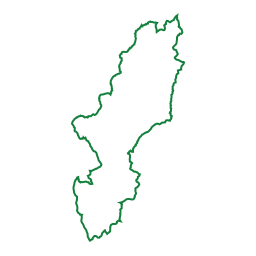 Castilla, Arequipa, Peru
{"feature_id": "86281439B71643834845538", "entity_name": "Castilla", "entity_type": "district", "adm_level": 2, "iso_a3": "PER", "parent_name": "Peru", "parent_adm1": "Arequipa", "projection": "albers", "projection_center": [-72.31, -15.634], "detail": "fine", "context": "isolated", "style": "outline", "palette": "green", "viewbox_px": 256, "rotation_deg": 0, "n_neighbors": 0, "source": "geoboundaries", "source_scale": "gbopen_adm2", "svg_char_len": 5777}
<svg xmlns="http://www.w3.org/2000/svg" viewBox="0 0 256 256"><path d="M107.1,233.9L110.1,231.4L110.3,226.6L111.0,224.9L112.6,224.0L115.9,223.9L116.9,222.8L116.9,221.8L117.4,221.7L117.9,221.0L118.6,220.6L120.5,221.2L119.5,219.6L120.4,214.5L120.1,213.7L120.4,213.2L120.5,210.8L120.2,209.6L121.7,208.3L121.6,205.1L122.0,204.6L121.8,203.9L121.0,203.5L120.6,202.7L120.3,202.6L122.3,202.1L124.5,200.8L126.3,199.4L127.3,199.1L128.7,198.9L132.0,199.5L133.1,199.4L133.7,199.0L134.4,197.9L134.5,197.1L134.9,196.8L134.7,196.2L135.1,195.0L135.8,194.2L136.0,193.3L135.4,191.2L135.5,189.4L135.3,188.8L135.8,188.0L136.6,187.4L137.4,187.3L138.0,186.3L138.6,185.8L139.3,184.2L138.3,182.5L136.7,181.7L136.2,180.8L136.5,179.6L137.2,179.3L137.8,178.2L137.9,176.8L139.4,175.8L139.8,174.3L138.9,174.1L137.4,172.5L135.3,171.6L134.4,171.7L133.8,171.5L132.2,170.1L130.6,169.4L130.2,168.9L130.1,168.6L130.9,167.0L130.7,166.3L131.3,163.9L132.1,163.1L130.9,162.0L129.9,161.7L129.7,158.6L130.1,157.3L129.9,156.8L130.1,155.5L129.5,154.3L128.0,153.6L127.9,153.2L128.9,152.7L129.2,151.6L130.0,151.1L130.3,151.1L130.6,150.6L131.6,151.3L131.6,151.7L133.0,151.8L133.1,149.6L132.9,149.2L133.5,148.2L133.6,147.6L135.4,145.7L135.4,145.4L135.9,145.3L135.8,144.4L137.3,142.8L137.2,141.5L138.2,140.6L138.3,139.6L139.8,137.2L140.9,136.3L142.0,134.7L142.7,134.5L145.3,132.7L145.9,132.7L146.7,132.1L147.4,132.1L148.4,131.5L151.1,128.7L151.7,127.2L154.0,125.3L154.8,124.9L155.1,124.4L156.9,123.7L158.4,123.8L159.3,124.3L160.5,123.9L161.8,122.7L163.6,122.6L164.1,122.3L165.0,122.4L166.1,120.4L167.9,120.2L169.2,120.7L170.1,120.6L170.2,119.7L170.9,119.2L171.4,118.2L171.1,117.2L171.7,116.6L171.8,116.0L170.7,115.4L170.6,113.8L169.9,113.2L170.5,112.7L170.1,112.1L170.9,111.2L171.1,109.1L171.2,108.4L170.6,108.0L170.6,106.5L171.0,105.5L170.6,105.2L170.7,104.2L170.4,103.6L170.9,102.4L170.7,101.6L171.4,100.7L171.1,98.8L171.4,98.2L171.6,96.1L171.3,94.9L172.2,94.1L172.5,93.5L172.5,91.6L173.0,91.4L173.2,90.6L172.5,89.3L172.8,89.0L172.6,86.6L172.8,86.1L173.5,85.4L173.5,84.2L174.1,83.0L175.7,82.4L175.3,79.6L176.2,77.5L176.1,76.3L176.8,74.3L178.3,73.3L177.9,70.5L181.2,69.5L181.1,68.2L181.6,66.1L183.5,64.0L184.0,62.5L183.8,62.1L183.3,61.9L182.2,62.1L178.4,60.0L177.0,59.8L175.9,59.2L174.9,58.2L174.8,57.4L177.0,55.3L177.8,54.0L176.6,51.5L176.2,50.1L174.0,49.5L173.3,48.6L173.0,47.6L173.3,46.9L174.0,46.1L176.0,44.3L176.5,43.1L177.0,39.1L177.0,37.2L178.0,35.3L179.0,35.2L179.2,34.3L179.8,33.6L181.4,33.9L182.4,32.3L181.5,29.2L180.3,28.4L180.0,27.4L178.9,27.0L178.6,26.6L179.1,25.1L178.4,21.0L177.0,19.4L177.2,18.0L176.9,17.3L177.2,15.4L175.6,16.6L175.1,17.8L174.4,18.4L173.9,19.9L171.8,20.9L170.4,22.2L170.0,22.3L167.9,21.0L166.8,20.9L165.9,22.6L166.0,24.0L164.8,24.6L164.3,25.2L164.7,25.6L164.5,26.1L165.0,28.5L164.4,30.1L163.2,30.2L162.2,29.6L160.8,29.5L159.7,29.8L156.7,32.0L156.6,29.3L155.7,26.7L155.8,24.7L157.1,22.9L155.6,22.5L154.3,22.6L151.8,21.9L150.9,22.0L150.2,21.5L148.6,22.2L147.9,22.7L148.0,23.6L146.4,23.9L146.0,24.5L145.5,24.3L145.2,24.8L144.2,24.9L143.2,25.6L142.1,25.7L141.9,25.4L141.8,25.8L141.5,25.8L141.6,26.1L141.3,26.0L140.7,27.0L139.8,27.6L139.6,28.6L138.0,29.1L137.3,30.4L136.0,30.7L135.8,31.1L135.8,32.5L134.9,33.7L135.6,34.5L135.3,36.4L135.9,38.3L135.1,42.1L134.4,43.6L134.4,44.4L133.6,44.8L133.4,45.2L131.7,46.5L131.5,47.5L130.7,47.9L130.1,47.8L129.8,48.6L129.5,48.6L129.5,49.0L128.4,49.8L128.4,50.3L127.3,51.7L125.9,52.0L123.3,51.8L122.4,51.9L121.7,52.8L121.5,53.9L120.6,54.1L120.1,55.3L119.8,55.5L120.2,57.6L121.4,57.9L121.7,58.2L121.5,59.2L121.8,60.0L121.5,61.2L121.1,61.4L120.6,62.3L120.8,63.0L119.5,64.9L119.1,66.3L119.5,67.0L119.3,67.3L119.7,69.1L119.8,71.0L120.5,71.4L120.5,72.1L120.8,72.2L120.8,72.6L119.3,73.7L118.4,73.7L115.6,75.0L115.2,75.8L114.4,75.9L113.3,76.6L112.2,78.1L110.9,80.6L110.6,82.2L110.9,83.3L110.6,83.8L111.2,84.3L111.0,85.0L111.6,85.8L111.8,88.0L112.0,88.3L111.7,88.8L112.3,90.5L111.6,90.8L111.2,91.6L111.2,93.1L110.8,93.4L110.5,94.6L109.0,93.3L107.8,93.2L104.3,93.9L103.8,94.3L100.8,94.7L99.8,95.7L99.3,97.4L99.5,98.1L99.1,98.4L99.4,99.3L99.2,100.4L100.3,102.2L100.3,103.8L101.2,105.0L101.3,106.0L100.2,108.6L98.8,109.8L97.4,112.5L96.4,113.9L95.5,114.7L94.5,115.0L93.7,114.3L92.8,114.5L90.9,116.2L88.4,116.2L87.7,117.5L86.5,117.0L84.9,117.5L84.1,117.1L83.5,116.2L81.1,115.9L80.5,115.6L79.9,116.2L78.4,116.4L77.4,117.4L76.5,117.3L76.0,118.0L74.8,118.8L72.6,121.6L72.0,123.7L73.7,126.0L73.9,127.2L74.9,128.0L74.6,130.1L74.7,131.1L74.9,131.3L75.8,131.5L77.4,133.1L77.9,134.5L77.9,135.2L78.6,136.2L79.1,137.7L80.1,138.8L80.6,138.9L81.8,138.4L82.2,138.8L82.5,138.7L82.8,138.2L83.2,138.2L83.4,137.4L84.2,138.4L85.4,137.7L86.5,140.4L88.4,141.3L88.4,141.9L89.9,144.0L90.4,146.2L91.6,147.6L92.3,149.4L93.6,151.1L95.2,151.6L96.4,152.9L96.7,153.6L96.8,154.7L98.1,158.1L98.6,160.3L100.5,162.8L101.4,164.3L101.2,165.4L99.9,166.9L98.5,167.4L96.5,168.8L95.5,168.8L94.7,169.5L93.6,169.8L91.7,170.9L89.9,170.8L90.6,172.7L90.2,174.5L89.9,174.8L87.9,175.9L88.3,176.4L88.6,178.0L90.9,179.4L91.2,180.5L90.8,181.1L91.7,182.3L92.3,183.8L91.0,184.1L89.5,183.7L88.4,182.2L87.4,182.2L85.9,181.5L83.4,182.1L82.2,182.2L80.4,181.9L80.2,182.3L78.8,181.2L78.7,179.1L78.2,178.5L78.2,177.1L77.1,177.5L76.6,179.3L75.7,179.6L74.5,182.6L74.3,184.5L74.0,185.1L73.5,187.4L73.5,188.7L74.2,192.8L75.3,195.1L77.1,196.8L76.9,198.0L77.1,199.2L76.1,203.0L77.4,207.0L77.3,209.4L77.0,210.7L78.4,213.1L79.6,213.6L80.1,214.7L82.0,214.8L81.6,215.8L81.8,217.4L81.3,221.1L81.9,222.5L83.2,224.4L84.3,227.4L86.2,230.0L86.6,231.5L87.5,233.4L87.8,236.8L89.8,240.6L90.6,240.4L91.3,239.5L92.5,239.3L92.7,238.1L94.4,236.0L95.9,236.0L98.0,237.7L99.4,237.7L99.8,236.8L100.9,236.3L101.5,235.7L102.2,233.2L104.8,230.3L105.0,230.3L105.0,231.1L105.4,231.8L106.0,232.2L107.1,233.9Z" fill="none" stroke="#15803d" stroke-width="2"/></svg>